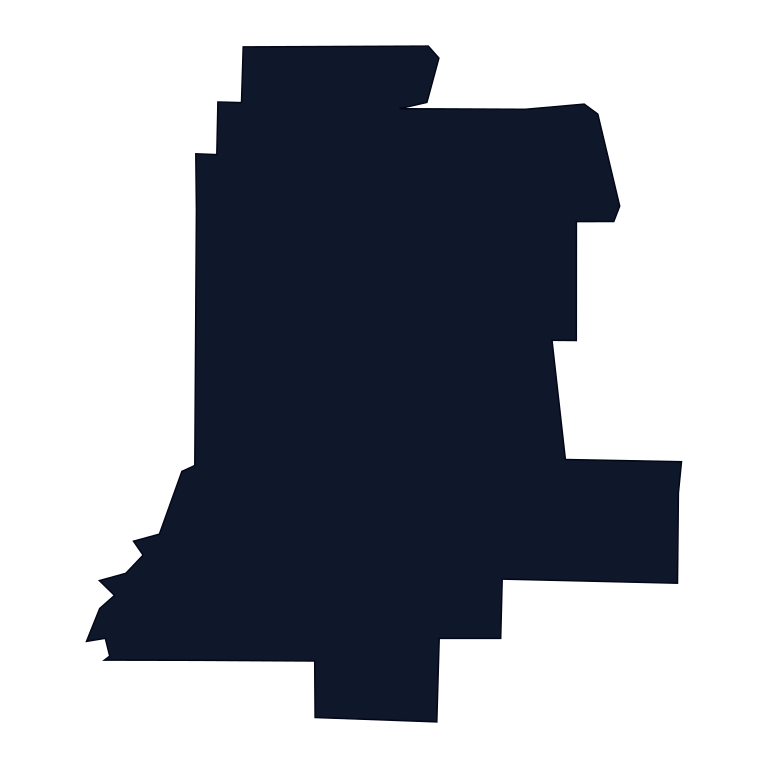 outline of Livingston, New York, United States of America
{"feature_id": "52423323B89765058067018", "entity_name": "Livingston", "entity_type": "district", "adm_level": 2, "iso_a3": "USA", "parent_name": "United States of America", "parent_adm1": "New York", "projection": "natural_earth1", "projection_center": [-77.807, 42.73], "detail": "fine", "context": "isolated", "style": "filled", "palette": "ink", "viewbox_px": 768, "rotation_deg": 0, "n_neighbors": 0, "source": "geoboundaries", "source_scale": "gbopen_adm2", "svg_char_len": 642}
<svg xmlns="http://www.w3.org/2000/svg" viewBox="0 0 768 768"><path d="M436.8,721.9L439.2,638.4L500.7,638.4L502.2,579.1L677.5,583.2L678.4,493.0L681.5,461.7L565.4,459.5L552.0,340.3L576.3,340.5L576.4,221.6L613.8,221.5L619.7,206.1L597.8,114.1L584.2,104.1L525.1,109.3L399.3,108.7L426.9,102.4L438.9,58.1L428.3,46.1L243.2,46.9L241.5,102.6L217.9,102.0L216.8,154.6L195.8,153.8L196.4,210.2L194.8,465.5L181.9,471.4L159.4,534.1L133.5,541.2L143.1,555.1L125.8,573.3L99.4,580.6L114.5,595.4L99.7,608.5L86.5,641.4L105.3,638.3L109.7,656.1L104.4,660.1L196.1,660.3L314.7,661.0L315.1,717.5L436.8,721.9Z" fill="#0f172a" stroke="#020617" stroke-width="1.5"/></svg>